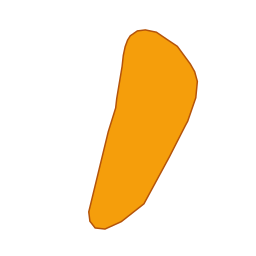 Nema, Federated States of Micronesia, rotated 228°
{"feature_id": "79324940B33523222033341", "entity_name": "Nema", "entity_type": "district", "adm_level": 2, "iso_a3": "FSM", "parent_name": "Federated States of Micronesia", "parent_adm1": "", "projection": "robinson", "projection_center": [152.577, 6.993], "detail": "fine", "context": "isolated", "style": "filled", "palette": "amber", "viewbox_px": 256, "rotation_deg": 228, "n_neighbors": 0, "source": "geoboundaries", "source_scale": "gbopen_adm2", "svg_char_len": 480}
<svg xmlns="http://www.w3.org/2000/svg" viewBox="0 0 256 256"><g transform="rotate(228 128 128)"><path d="M157.4,139.3L151.1,132.2L138.4,110.8L91.9,42.7L84.2,37.3L75.7,36.7L68.3,43.3L62.9,60.4L61.0,89.1L78.9,139.5L91.5,172.4L93.1,176.9L105.1,198.6L116.2,210.7L125.2,215.2L133.8,217.1L155.7,219.3L167.9,216.2L180.2,213.2L189.3,206.5L193.9,199.9L195.0,191.4L193.6,186.5L190.4,180.4L185.1,173.1L177.6,164.7L157.4,139.3Z" fill="#f59e0b" stroke="#b45309" stroke-width="1.5"/></g></svg>